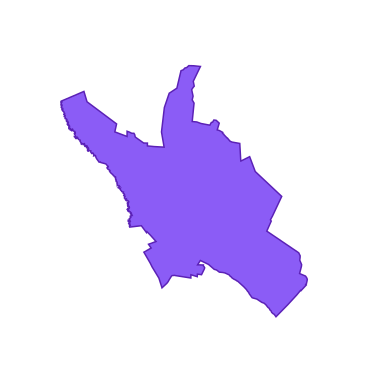 Targu Neamt, Neamt, Romania (Natural Earth projection), rotated 54°
{"feature_id": "2599482B68793228352723", "entity_name": "Targu Neamt", "entity_type": "district", "adm_level": 2, "iso_a3": "ROU", "parent_name": "Romania", "parent_adm1": "Neamt", "projection": "natural_earth1", "projection_center": [26.356, 47.204], "detail": "fine", "context": "isolated", "style": "filled", "palette": "violet", "viewbox_px": 384, "rotation_deg": 54, "n_neighbors": 0, "source": "geoboundaries", "source_scale": "gbopen_adm2", "svg_char_len": 5830}
<svg xmlns="http://www.w3.org/2000/svg" viewBox="0 0 384 384"><g transform="rotate(54 192 192)"><path d="M251.9,272.6L251.1,266.0L250.5,264.0L249.6,262.1L248.0,258.1L247.9,257.3L249.2,255.1L249.6,254.8L260.9,243.5L258.3,241.5L263.6,237.5L261.6,235.9L264.5,232.9L261.7,227.6L260.8,226.3L259.2,226.1L258.2,226.2L257.7,225.7L254.2,230.3L252.3,225.5L260.3,221.2L267.6,219.5L269.5,218.0L272.9,217.0L275.3,214.3L276.9,212.9L280.1,211.1L280.6,210.7L282.6,210.6L283.2,210.3L285.1,210.1L287.5,209.2L288.6,208.5L290.7,207.8L290.9,207.5L299.1,205.8L303.0,205.3L304.9,205.4L306.6,205.2L307.8,205.5L312.8,205.5L313.7,204.9L316.7,202.5L322.3,200.4L324.4,199.0L326.8,198.5L329.9,198.4L331.7,197.9L333.0,198.3L334.4,197.9L336.2,198.3L337.9,198.0L339.3,197.4L342.3,197.4L339.5,180.8L336.9,167.9L335.4,162.0L335.9,161.9L334.4,154.2L333.6,154.3L333.5,153.4L331.4,151.0L330.3,150.0L328.5,149.6L326.7,149.6L321.2,152.9L316.5,147.2L315.2,146.0L310.5,144.9L308.7,143.2L307.2,142.0L303.9,141.4L267.6,154.5L262.1,145.0L260.6,144.9L258.8,141.1L248.3,122.0L212.6,128.8L197.3,124.6L195.7,134.3L195.4,134.2L180.8,124.8L175.2,130.2L173.3,131.4L172.4,131.3L171.9,131.5L169.4,131.6L169.4,131.8L164.4,132.5L164.0,132.3L163.4,132.6L162.4,132.7L162.2,132.2L161.8,132.1L158.4,133.7L156.6,135.1L152.3,129.5L148.2,130.3L146.6,132.0L147.6,134.2L147.1,135.5L148.4,138.3L141.8,144.5L138.2,146.9L135.1,150.4L121.3,138.1L117.6,137.7L115.1,134.8L109.0,132.1L108.1,129.7L107.7,128.0L103.2,125.9L95.4,111.4L90.8,116.5L87.9,120.3L88.2,123.2L87.5,124.9L88.0,127.2L87.4,129.6L99.1,143.2L98.7,152.4L107.4,164.7L125.5,181.4L139.3,188.2L133.1,195.8L128.5,201.0L126.2,199.3L124.0,202.3L114.2,205.6L111.8,204.6L110.3,204.5L109.1,206.2L106.8,207.4L104.7,208.8L108.9,211.9L98.0,219.1L92.6,213.0L57.3,223.9L47.1,220.3L41.7,244.0L42.6,244.3L42.5,244.6L41.9,244.9L42.1,245.2L42.6,245.4L43.1,245.2L43.9,246.4L44.3,246.6L44.2,246.2L44.4,246.1L44.9,246.4L45.4,246.1L45.5,246.2L45.4,246.7L47.1,247.6L47.2,247.8L47.0,248.0L48.2,248.1L49.0,248.9L49.4,248.5L49.3,248.1L50.3,248.8L50.8,248.9L51.6,248.5L52.3,248.8L53.5,248.8L53.6,249.3L53.7,250.0L53.8,250.1L54.5,249.8L54.6,250.0L55.0,249.9L55.5,249.6L55.9,250.2L55.7,250.6L55.9,251.0L56.7,250.6L57.0,250.6L58.0,251.5L58.4,251.3L58.3,251.0L58.8,250.9L59.1,250.6L59.7,250.6L60.0,250.7L60.0,251.0L60.2,251.5L60.6,251.9L61.0,251.9L61.6,251.1L62.1,251.5L62.5,251.5L62.6,251.1L63.0,251.1L63.3,251.4L62.9,252.2L63.4,252.4L63.9,253.1L64.2,253.0L64.2,252.5L64.6,252.3L65.2,253.0L65.8,252.3L66.1,252.3L66.0,252.9L66.4,253.0L66.7,252.8L66.5,252.5L67.2,252.6L67.5,253.0L66.9,253.2L67.8,254.1L68.5,254.4L68.8,254.2L68.6,253.7L69.2,253.1L70.1,254.0L70.3,253.9L70.4,253.5L70.8,253.6L71.7,253.3L71.6,253.0L71.2,252.9L70.8,252.4L70.9,251.7L71.3,251.7L72.3,252.3L73.3,251.9L73.8,251.4L74.2,251.2L74.6,251.7L75.3,251.5L76.0,252.0L75.9,252.4L75.5,252.7L75.7,253.0L77.3,253.1L78.4,253.5L78.7,253.8L78.5,254.2L78.1,254.6L78.4,254.7L78.9,254.2L80.0,254.6L80.4,254.5L80.0,253.7L80.0,253.4L80.4,253.6L81.1,253.5L81.2,253.0L80.2,252.7L80.4,252.5L81.9,252.8L82.9,252.8L83.9,252.4L84.4,252.0L85.2,252.8L87.3,252.8L87.7,253.3L88.1,253.4L88.3,253.4L88.3,252.4L88.5,252.1L89.7,252.2L89.8,252.0L89.8,251.7L89.4,251.7L89.3,251.4L89.6,250.6L90.0,250.7L90.4,251.5L90.8,251.3L91.7,251.4L91.9,251.8L92.1,251.8L92.2,251.3L91.8,250.8L91.9,250.6L92.6,250.3L92.9,250.8L93.7,251.1L93.2,249.9L93.8,249.9L94.5,250.4L95.4,250.6L95.5,250.6L95.5,250.0L95.9,250.1L96.3,250.4L96.1,251.4L96.9,252.1L97.6,252.2L98.0,252.0L98.0,251.5L97.6,250.9L98.4,250.5L99.3,249.7L99.9,250.4L101.7,250.5L102.1,250.4L102.2,250.0L102.0,249.5L102.4,249.2L102.9,249.2L103.9,249.5L104.2,249.4L105.0,250.3L105.7,248.7L106.2,248.8L107.6,249.4L109.1,249.6L113.3,249.6L113.9,248.5L114.5,248.5L118.6,245.2L120.7,245.0L121.5,245.2L122.0,244.7L122.2,244.9L122.6,245.6L122.5,246.4L122.5,246.6L124.0,246.6L125.9,245.8L126.4,245.8L126.5,246.4L126.7,246.5L127.1,246.3L128.0,246.6L130.3,246.2L131.2,245.8L132.4,246.0L133.2,245.6L134.2,245.8L134.6,245.1L135.0,245.0L136.4,246.2L137.1,246.0L138.1,246.5L137.9,246.7L139.0,247.2L139.8,246.8L140.3,246.9L140.8,247.6L141.5,247.6L141.7,248.0L142.3,248.3L142.4,248.1L142.6,248.1L143.0,248.7L143.6,247.8L144.2,247.8L144.3,247.7L144.0,247.5L144.1,247.2L144.9,247.2L144.6,247.8L144.9,247.8L145.2,248.1L145.2,249.0L145.8,248.5L146.1,248.8L146.6,248.7L146.9,247.8L147.3,248.5L148.7,248.6L149.6,248.4L150.3,248.6L151.8,247.5L152.3,248.4L153.1,248.2L153.5,248.0L154.4,248.1L154.6,249.2L155.5,249.2L156.1,248.7L156.3,249.1L156.2,249.3L157.1,250.2L157.5,250.0L158.0,250.1L157.9,250.0L158.1,250.1L158.8,250.1L159.0,249.3L159.7,250.1L160.4,250.0L160.5,250.1L160.8,249.9L160.9,249.6L160.9,249.1L161.3,249.1L161.5,248.9L162.8,248.9L163.1,249.4L162.9,249.6L163.1,249.9L163.7,250.3L162.8,250.6L163.0,250.9L164.4,251.5L164.9,251.3L165.1,251.4L164.9,251.7L165.2,252.1L165.5,252.0L166.0,252.4L166.5,252.0L166.7,251.4L166.9,251.4L167.1,251.5L166.9,251.9L167.0,252.0L167.9,251.9L168.0,252.0L168.3,252.6L167.9,253.1L168.5,253.3L168.6,253.5L168.2,253.6L168.4,254.0L167.8,254.2L168.0,254.7L168.5,254.5L169.3,255.0L169.8,255.0L170.3,254.8L170.0,254.5L170.2,254.1L170.9,254.5L171.7,253.6L172.0,253.6L172.1,253.9L173.1,254.4L173.4,254.2L173.3,253.5L173.5,253.5L173.8,253.8L174.3,253.9L174.1,254.2L174.4,254.6L174.9,254.0L175.2,254.1L175.3,254.3L175.8,254.3L175.5,254.9L175.5,255.8L175.4,256.1L175.8,256.0L176.5,256.3L176.6,256.7L176.4,257.0L177.0,258.1L176.9,258.6L178.6,259.0L178.1,259.3L178.8,259.5L178.2,259.8L178.0,260.4L177.7,260.5L178.1,260.8L178.5,260.5L180.0,260.9L180.3,260.6L180.6,260.6L180.9,261.2L180.5,261.7L181.1,261.8L181.8,261.3L182.6,261.5L182.4,262.1L182.7,262.3L182.8,262.7L183.8,263.0L189.5,252.8L198.1,252.7L197.6,251.8L201.9,251.1L210.9,250.2L208.7,257.9L213.3,258.0L212.4,266.3L225.0,267.6L229.1,268.3L242.2,269.4L251.9,272.6Z" fill="#8b5cf6" stroke="#5b21b6" stroke-width="1.5"/></g></svg>